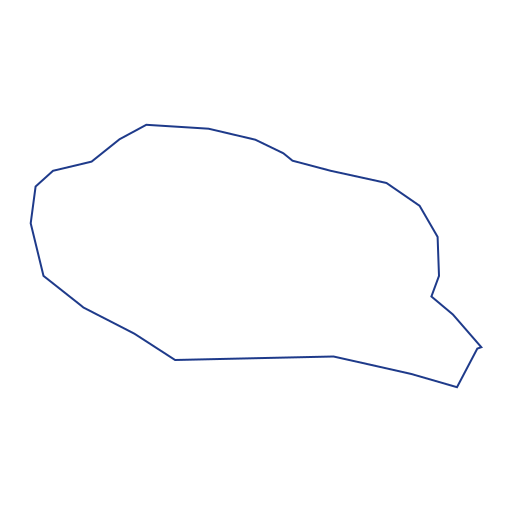 the border of Mojkovac
{"feature_id": "MNE-1513", "entity_name": "Mojkovac", "entity_type": "Municipality", "adm_level": 1, "iso_a3": "MNE", "parent_name": "Montenegro", "parent_adm1": "", "projection": "natural_earth1", "projection_center": [19.506, 42.966], "detail": "fine", "context": "isolated", "style": "outline", "palette": "blue", "viewbox_px": 512, "rotation_deg": 0, "n_neighbors": 0, "source": "natural_earth", "source_scale": "10m", "svg_char_len": 514}
<svg xmlns="http://www.w3.org/2000/svg" viewBox="0 0 512 512"><path d="M31.2,219.5L35.6,186.5L53.0,170.8L91.6,161.6L119.6,139.2L128.7,134.3L146.3,124.8L187.9,127.4L208.5,128.7L255.3,139.7L283.4,153.3L292.5,160.7L330.7,170.8L386.5,183.0L419.6,205.8L437.6,236.9L439.0,275.9L431.4,296.5L452.9,314.5L481.3,347.2L477.3,348.6L457.0,387.2L411.3,374.0L378.6,366.6L333.5,356.5L251.2,358.3L175.1,360.0L134.4,333.7L83.4,307.5L81.0,305.5L43.5,275.9L30.7,223.3L31.2,219.5Z" fill="none" stroke="#1e3a8a" stroke-width="2"/></svg>